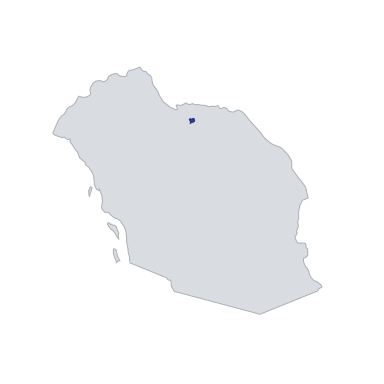 location of Mbeya Urban, Mbeya, United Republic of Tanzania, rotated 158°
{"feature_id": "72390352B25057310038558", "entity_name": "Mbeya Urban", "entity_type": "district", "adm_level": 2, "iso_a3": "TZA", "parent_name": "United Republic of Tanzania", "parent_adm1": "Mbeya", "projection": "equal_earth", "projection_center": [33.492, -8.905], "detail": "fine", "context": "in_parent", "style": "filled", "palette": "blue", "viewbox_px": 384, "rotation_deg": 158, "n_neighbors": 0, "source": "geoboundaries", "source_scale": "gbopen_adm2", "svg_char_len": 5011}
<svg xmlns="http://www.w3.org/2000/svg" viewBox="0 0 384 384"><g transform="rotate(158 192 192)"><path d="M154.4,271.4L151.3,269.2L148.4,267.9L146.1,266.4L145.1,264.9L142.9,264.4L141.0,264.1L139.2,262.8L135.6,262.3L135.2,261.4L135.2,259.4L134.5,258.9L133.2,258.4L131.8,258.4L131.0,258.7L130.5,258.5L129.3,257.4L128.2,255.9L127.8,253.5L126.1,251.9L124.2,250.7L119.0,250.9L118.1,250.5L116.9,249.3L115.4,247.3L114.2,245.0L113.2,241.9L112.1,237.7L106.0,221.0L105.4,217.9L104.2,214.4L102.2,210.1L100.2,206.9L97.4,204.0L94.2,201.1L92.5,199.2L89.3,191.3L88.6,187.6L88.1,183.8L88.3,182.3L90.3,177.3L90.5,176.0L90.2,174.1L89.2,170.2L88.0,165.4L85.4,156.7L85.0,154.6L85.0,152.9L86.5,144.1L86.5,142.9L92.6,143.0L97.0,139.2L100.8,133.4L101.6,131.0L103.2,127.3L104.7,125.5L105.3,124.2L106.2,120.5L108.2,118.0L110.2,116.1L109.8,114.7L110.1,114.2L111.1,113.2L113.2,112.3L113.6,110.4L113.6,108.2L113.3,107.0L113.3,105.6L113.0,104.8L111.7,104.6L109.6,103.5L107.9,103.0L106.7,102.4L106.3,101.9L106.1,100.6L107.1,97.2L106.1,95.9L108.2,90.3L108.6,89.6L109.4,89.5L110.6,88.9L111.7,88.6L112.7,88.8L113.3,88.6L113.9,88.0L114.5,86.1L114.9,82.9L114.6,80.3L113.8,78.3L113.5,75.3L113.9,71.2L113.6,67.8L112.6,65.1L111.7,63.5L110.1,62.7L107.7,58.6L107.0,56.6L107.1,55.3L108.0,54.8L109.5,55.0L110.9,54.5L112.3,53.3L113.6,53.0L114.2,53.2L174.8,53.2L245.6,106.4L245.8,107.0L246.4,111.6L246.3,113.1L245.2,115.8L244.9,117.2L244.8,118.1L245.1,118.5L246.0,118.6L246.8,119.3L247.1,119.7L247.7,121.7L248.5,122.7L275.3,148.8L275.9,149.2L275.5,151.4L274.0,156.7L273.9,158.9L273.3,161.5L272.7,163.2L271.2,170.7L269.9,173.4L268.1,180.0L267.8,185.0L268.7,188.5L269.1,191.7L271.1,195.0L272.8,196.1L273.9,197.6L275.9,200.9L277.0,204.3L280.5,205.9L281.9,209.7L281.4,212.3L279.8,214.5L278.2,217.9L276.9,222.5L276.9,229.5L277.7,228.4L279.6,230.2L279.8,235.3L277.8,241.3L277.2,244.1L277.1,246.5L278.5,253.7L280.6,257.3L280.4,258.5L279.9,259.4L283.5,265.9L283.1,271.5L284.5,275.8L285.0,279.6L285.9,282.5L286.1,284.5L284.9,286.7L287.6,287.3L289.2,289.1L289.9,290.9L291.8,290.8L292.8,292.0L294.3,292.9L297.6,295.9L298.5,297.3L299.0,298.7L289.8,307.9L286.5,310.3L284.2,311.4L281.7,312.0L279.3,313.4L277.0,315.7L274.1,316.8L270.6,316.9L266.9,318.4L261.1,323.2L257.7,320.6L255.1,319.7L252.0,319.8L250.2,320.1L249.5,320.7L248.9,322.3L248.4,325.0L246.4,327.5L242.9,329.9L239.6,330.8L236.7,330.2L234.7,329.2L233.6,327.8L232.1,327.1L230.1,327.3L228.1,328.3L226.3,330.2L223.3,331.0L219.2,330.7L217.0,329.8L216.7,328.2L215.0,326.4L211.7,324.3L209.3,324.2L207.7,326.2L206.3,327.5L205.0,328.1L203.9,328.1L202.2,327.6L197.7,327.3L193.5,327.4L193.0,324.5L192.2,322.7L191.4,321.6L189.9,321.3L189.5,320.5L189.0,318.7L188.3,317.1L187.3,315.8L186.8,314.6L186.6,313.5L186.7,312.3L187.6,309.3L187.9,307.2L187.8,305.1L187.3,302.9L186.3,300.3L186.4,299.5L186.1,297.8L186.0,296.5L186.2,295.0L186.1,293.0L185.2,288.6L185.2,287.5L184.3,285.4L181.4,280.4L181.3,279.8L176.8,274.8L175.1,273.7L174.4,274.6L174.2,275.5L174.4,277.1L174.2,277.9L174.1,278.3L173.0,278.2L172.3,278.0L170.6,276.7L169.3,276.4L166.1,276.6L164.9,276.9L164.0,276.6L162.3,274.3L160.3,273.8L158.4,273.7L155.4,271.1L154.4,271.4ZM281.1,187.7L282.5,193.2L282.3,194.2L281.3,194.9L280.8,194.9L280.1,194.0L279.7,192.2L278.9,192.6L277.5,190.4L276.2,190.3L275.0,187.6L275.5,185.3L275.2,181.4L276.7,179.3L277.5,175.9L278.4,178.3L278.6,181.9L279.9,186.1L281.1,187.7ZM288.3,154.7L288.4,156.1L288.1,157.3L288.2,161.2L288.0,163.8L286.9,167.4L286.0,168.7L285.2,168.3L284.6,167.7L284.1,166.8L285.1,160.1L284.6,155.3L286.7,155.8L288.3,154.7ZM285.0,234.4L284.0,234.8L283.6,234.4L282.9,233.4L284.0,232.4L285.1,230.6L287.6,228.0L288.8,225.9L288.6,228.0L287.2,232.4L286.0,232.7L285.0,234.4Z" fill="#d9dde1" stroke="#a8b0b8" stroke-width="1"/><path d="M166.6,256.6L166.7,256.9L166.6,257.0L166.3,257.5L166.2,257.5L166.2,257.4L166.1,257.2L165.9,257.1L165.7,257.1L165.6,256.9L165.4,256.7L165.2,256.6L164.9,256.5L164.7,256.6L164.4,256.7L164.4,256.8L164.2,256.9L164.1,257.0L163.9,257.2L163.7,257.1L163.4,257.0L163.2,256.9L163.1,257.0L163.2,257.5L163.3,257.9L163.3,258.0L163.2,258.1L163.2,258.4L163.1,258.5L162.9,258.6L163.0,258.7L162.9,258.7L162.9,258.8L162.9,259.0L163.0,259.1L163.1,259.3L163.3,259.4L163.3,259.5L163.5,259.6L163.8,259.6L164.1,259.5L164.2,259.4L164.3,259.4L164.3,259.2L164.4,259.3L164.5,259.3L164.8,259.4L165.0,259.3L165.0,259.2L165.0,259.3L165.0,259.2L165.1,259.3L165.1,259.2L165.1,259.3L165.1,259.2L165.2,259.3L165.3,259.4L165.3,259.5L165.5,259.7L165.5,259.9L165.4,259.9L165.5,259.9L165.7,260.0L165.8,260.0L166.0,260.1L166.1,259.9L166.1,259.7L166.1,259.3L166.1,259.2L166.3,259.2L166.5,259.0L166.6,259.3L166.5,259.5L166.6,259.8L166.6,260.0L166.7,260.3L166.8,260.3L167.0,260.3L167.1,260.2L167.0,259.9L167.0,259.7L166.9,259.5L166.9,259.4L166.8,259.2L167.0,259.0L167.1,258.9L167.1,258.7L167.0,258.4L166.9,258.4L166.8,258.2L166.9,257.9L166.9,257.7L167.0,257.5L167.0,257.4L167.0,257.2L167.1,256.9L167.2,256.7L167.3,256.6L167.2,256.6L166.9,256.6L166.7,256.6L166.6,256.6Z" fill="#3b82f6" stroke="#1e3a8a" stroke-width="1.5"/></g></svg>